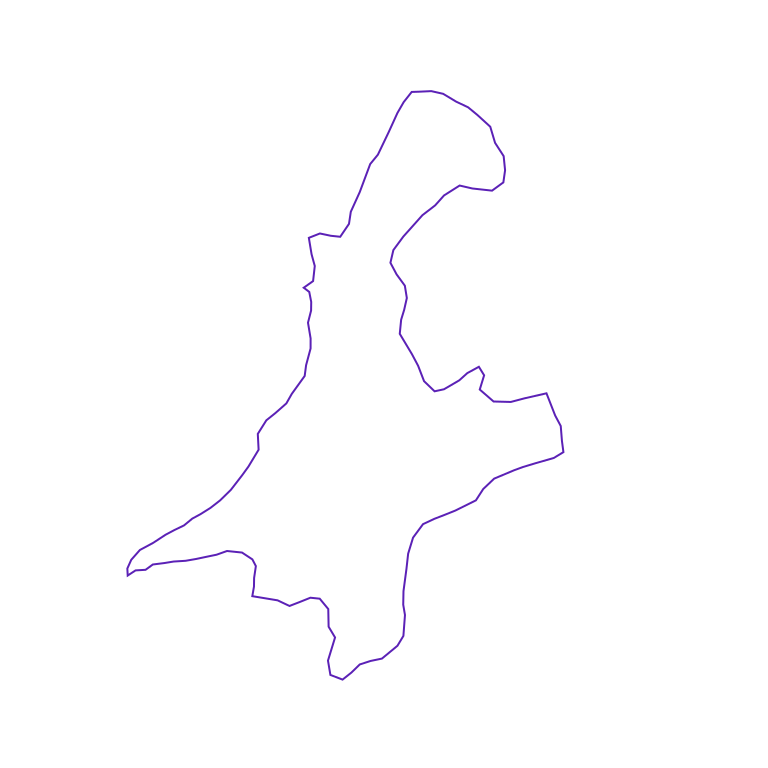 the district of Limnia, Cyprus, rotated 197°
{"feature_id": "46923920B85062050143920", "entity_name": "Limnia", "entity_type": "district", "adm_level": 2, "iso_a3": "CYP", "parent_name": "Cyprus", "parent_adm1": "", "projection": "orthographic", "projection_center": [33.856, 35.188], "detail": "fine", "context": "isolated", "style": "outline", "palette": "violet", "viewbox_px": 768, "rotation_deg": 197, "n_neighbors": 0, "source": "geoboundaries", "source_scale": "gbopen_adm2", "svg_char_len": 1903}
<svg xmlns="http://www.w3.org/2000/svg" viewBox="0 0 768 768"><g transform="rotate(197 384 384)"><path d="M447.9,142.6L422.5,146.0L409.5,144.1L401.2,150.6L391.9,158.1L382.7,159.9L371.5,152.5L366.0,135.7L356.7,127.3L356.7,117.1L356.7,103.1L350.2,90.1L337.2,89.2L330.8,98.5L325.2,108.7L315.9,115.2L305.7,120.8L294.6,137.6L291.8,148.8L296.4,169.2L301.1,178.6L304.8,191.6L308.5,213.9L311.3,228.8L311.3,245.6L305.7,261.4L296.4,269.8L288.1,276.3L278.8,283.8L262.1,299.6L258.4,312.6L251.0,325.7L234.3,339.6L226.9,345.2L215.7,352.7L200.0,362.9L192.5,371.3L197.2,381.6L202.7,395.5L211.1,403.9L225.9,422.6L245.4,411.4L257.5,403.9L274.1,399.3L290.8,406.7L290.8,421.6L298.3,428.2L307.5,418.8L313.1,409.5L325.1,396.5L333.5,391.8L346.5,398.4L356.7,411.4L366.0,420.7L374.3,428.2L383.6,436.6L386.4,450.5L386.4,460.8L387.3,472.9L392.8,484.1L404.0,492.5L413.3,501.8L414.2,514.8L408.6,530.7L403.0,542.8L396.6,556.7L387.3,569.8L381.7,581.9L369.7,595.9L356.7,596.8L337.2,600.5L328.8,611.7L330.7,623.8L336.2,636.9L348.3,647.1L357.6,661.1L373.4,668.6L384.5,673.2L397.5,675.1L412.3,678.8L424.4,677.9L435.6,673.9L442.9,671.4L447.6,659.3L450.4,647.1L453.1,626.6L456.9,601.5L461.5,590.3L462.4,575.4L463.3,560.5L466.1,539.0L464.3,526.9L468.9,512.0L478.2,510.2L489.3,509.2L498.6,501.8L491.2,486.9L484.7,476.6L481.9,461.7L488.9,452.6L482.4,450.2L477.6,441.2L475.2,432.9L474.6,420.4L467.5,406.1L464.6,396.5L464.0,379.2L462.2,368.5L469.3,347.6L471.7,336.9L479.4,324.4L485.9,314.9L490.1,299.4L484.7,284.5L489.5,265.4L493.0,255.2L499.5,238.0L506.7,224.8L513.8,214.7L521.5,205.8L528.0,199.2L533.9,190.3L541.7,183.1L548.8,176.0L558.3,164.6L568.9,153.9L574.3,142.0L575.5,132.5L573.1,125.9L567.1,133.1L557.7,136.6L552.3,143.8L541.6,148.6L533.3,152.7L522.1,156.9L512.6,161.7L501.9,167.6L494.2,171.8L485.3,178.4L470.5,181.3L458.6,177.8L453.3,172.4L451.5,160.5L449.1,152.2L447.9,142.6Z" fill="none" stroke="#5b21b6" stroke-width="2"/></g></svg>